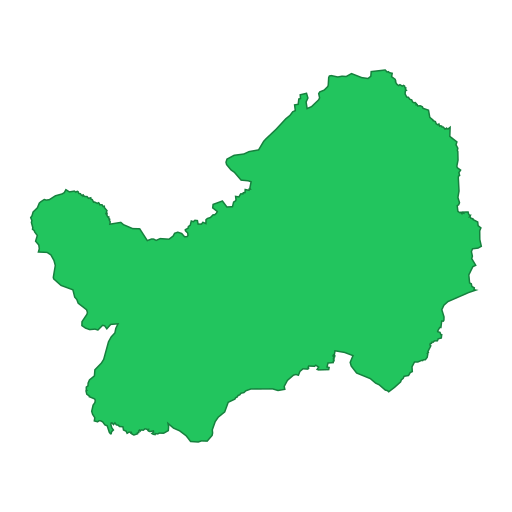 the district of Pak Thong Chai, Nakhon Ratchasima, Thailand
{"feature_id": "78962969B86038514919301", "entity_name": "Pak Thong Chai", "entity_type": "district", "adm_level": 2, "iso_a3": "THA", "parent_name": "Thailand", "parent_adm1": "Nakhon Ratchasima", "projection": "orthographic", "projection_center": [101.937, 14.672], "detail": "fine", "context": "isolated", "style": "filled", "palette": "green", "viewbox_px": 512, "rotation_deg": 0, "n_neighbors": 0, "source": "geoboundaries", "source_scale": "gbopen_adm2", "svg_char_len": 5995}
<svg xmlns="http://www.w3.org/2000/svg" viewBox="0 0 512 512"><path d="M450.1,127.3L448.1,128.9L446.6,128.8L446.5,128.2L445.0,129.1L443.4,127.1L442.0,127.0L441.7,126.1L440.5,125.8L439.6,126.1L438.9,124.0L437.9,124.8L436.2,123.8L435.4,121.6L433.0,120.6L433.0,120.0L429.8,117.4L428.5,110.2L423.0,108.3L422.4,106.8L420.4,105.8L417.6,105.9L417.2,104.6L416.1,104.7L416.3,103.6L415.1,102.5L414.1,102.8L412.6,102.0L411.7,99.9L409.8,99.3L408.4,97.3L406.7,97.1L405.1,93.9L405.3,91.0L406.4,90.3L405.5,89.5L405.8,87.9L404.9,87.7L404.6,86.1L403.5,85.4L402.3,86.1L399.9,84.7L398.7,85.6L396.9,84.3L395.4,81.8L395.8,81.2L395.1,79.3L391.6,76.7L392.2,73.3L389.2,72.6L388.5,71.7L387.1,72.0L385.2,70.0L371.2,71.6L370.8,76.3L368.0,78.5L361.7,77.6L351.5,73.6L346.2,76.5L342.0,76.2L337.8,77.0L331.3,75.6L329.4,76.0L328.7,77.5L328.2,85.5L327.6,86.7L324.2,90.1L319.8,91.9L318.7,93.6L319.6,97.9L318.6,99.9L311.6,106.6L307.1,108.6L306.1,102.0L307.9,98.0L306.5,93.3L300.2,94.8L300.5,98.6L298.8,99.0L298.2,104.3L294.6,104.9L295.3,110.6L292.7,111.8L290.0,115.4L285.8,118.8L276.1,129.3L266.0,138.8L263.7,141.3L258.6,149.9L249.1,151.6L243.9,154.0L234.1,155.3L227.0,159.1L226.0,162.2L226.6,164.6L231.0,169.9L234.4,172.3L241.1,180.1L248.3,180.8L251.1,181.8L249.9,188.0L250.4,189.1L249.2,189.0L249.0,190.3L245.2,189.5L245.0,192.6L243.3,192.7L243.0,193.8L240.7,193.9L238.9,196.9L235.6,196.4L236.0,199.6L235.6,200.8L233.6,202.1L232.5,206.7L226.9,207.0L222.4,201.0L213.1,204.4L212.7,207.9L217.3,211.5L216.5,213.1L214.7,214.8L213.1,214.8L210.4,217.5L207.4,218.5L206.0,219.7L205.9,223.6L202.9,222.3L201.5,224.1L198.1,224.1L197.4,220.6L194.9,220.3L193.3,221.7L191.3,221.0L190.2,225.3L188.4,226.5L188.1,228.2L185.3,229.7L185.4,230.7L187.7,233.0L188.0,235.5L187.2,236.6L184.6,236.8L181.7,233.5L177.8,232.2L174.6,233.3L173.2,236.0L169.0,239.2L160.2,238.6L156.1,240.4L153.7,239.1L151.6,239.0L147.3,240.6L139.7,228.8L132.6,228.6L123.5,224.7L120.8,222.4L109.8,224.2L110.2,221.8L109.2,219.9L109.7,219.2L108.9,218.6L108.7,216.9L108.0,217.2L106.9,215.4L107.0,213.9L106.3,214.2L105.9,213.6L106.9,213.0L106.3,212.1L107.0,210.7L104.4,207.6L104.3,206.2L103.0,206.4L102.1,204.8L99.6,204.7L99.3,203.4L98.4,202.7L97.3,203.4L94.6,202.0L93.6,202.2L92.3,199.7L90.7,198.8L90.7,197.8L88.4,198.3L87.1,196.6L84.7,196.5L83.9,195.8L83.1,196.2L83.1,194.9L81.5,195.4L80.4,193.7L78.8,193.5L78.1,191.7L77.3,191.3L75.7,192.1L74.4,191.1L69.4,191.9L65.9,189.7L64.3,192.6L62.2,193.9L55.4,195.8L49.3,199.7L46.1,200.1L44.3,199.5L40.9,201.7L39.3,203.1L37.4,207.8L33.1,212.0L32.0,215.8L30.7,217.6L31.9,220.5L31.4,222.4L32.8,227.7L32.5,229.2L34.4,230.7L34.5,231.7L37.3,235.5L35.6,241.2L38.8,245.0L39.3,248.7L38.4,252.0L47.1,252.4L50.9,254.9L54.0,260.5L55.3,265.5L53.3,277.4L53.7,278.9L61.0,285.4L72.9,289.8L74.7,297.1L76.8,299.5L78.2,303.2L86.6,309.8L87.4,312.3L87.0,314.2L82.0,321.7L81.9,325.6L85.5,328.1L89.7,329.6L95.0,329.1L97.9,330.0L102.6,325.3L104.7,325.8L106.8,328.8L110.7,324.4L118.0,323.8L115.8,328.4L114.9,332.9L111.2,336.9L108.5,341.8L103.7,359.4L101.4,363.1L94.9,369.8L94.4,375.9L89.5,379.9L88.1,383.1L88.0,385.8L86.3,387.1L86.3,389.8L86.9,390.4L86.0,390.9L86.8,394.2L89.4,396.1L89.3,396.7L94.6,398.9L95.2,400.0L95.0,402.4L93.1,405.1L91.7,411.3L92.6,414.3L94.8,417.7L94.3,420.9L97.6,421.8L99.1,420.7L100.6,420.8L102.7,421.9L104.9,424.9L107.2,425.8L109.3,432.3L110.5,433.8L111.2,433.7L111.6,431.7L113.4,430.0L111.8,427.8L110.9,424.7L111.1,423.0L111.9,422.8L113.5,424.6L114.9,422.9L116.4,424.9L118.3,425.2L119.4,426.5L122.9,426.8L123.5,430.0L126.1,431.2L127.1,433.3L129.0,432.1L130.4,432.2L130.6,432.9L131.3,432.4L131.9,434.0L133.9,435.0L137.5,433.8L137.4,432.9L138.8,432.5L138.6,431.2L139.4,430.1L140.2,431.1L141.2,429.9L143.3,430.2L145.0,428.8L147.1,429.3L147.8,430.2L148.5,429.6L148.5,431.0L149.9,431.6L153.4,430.9L153.6,432.1L151.9,433.5L153.3,434.3L155.1,434.6L155.3,433.6L157.8,433.9L159.2,433.1L163.7,433.2L168.3,430.6L168.6,426.5L168.0,423.4L173.5,428.1L179.6,430.8L186.2,435.8L190.6,441.5L198.3,442.0L201.4,440.9L207.2,441.1L212.1,435.4L212.6,433.0L212.3,429.8L215.2,421.6L218.3,417.1L224.7,411.9L228.2,402.3L234.9,399.1L235.6,397.7L237.2,397.0L238.1,395.4L239.7,394.9L241.0,393.2L243.9,392.6L245.8,390.8L250.8,389.0L272.7,388.9L278.0,390.5L284.8,389.3L284.2,386.4L287.4,380.4L293.5,375.1L296.0,374.5L298.4,375.2L299.9,371.4L303.0,368.8L307.8,369.1L308.7,368.1L308.1,367.3L308.7,366.0L314.6,366.3L315.8,365.2L318.6,367.1L317.1,369.4L318.6,369.9L328.7,369.6L329.1,367.5L327.0,367.0L328.0,363.0L333.2,362.6L333.2,361.3L334.1,360.8L333.4,359.0L334.1,358.8L333.7,357.8L334.6,356.9L333.5,356.4L334.4,355.7L333.2,355.3L333.6,354.8L334.3,355.1L335.0,350.8L344.5,352.4L353.0,355.6L350.2,362.4L351.2,366.0L356.6,373.0L370.3,378.6L375.6,383.1L379.2,384.8L385.3,390.1L387.4,390.6L388.7,391.8L394.6,387.3L400.6,381.9L401.3,379.9L403.1,378.4L404.1,376.3L408.5,375.5L410.3,372.5L412.3,371.6L412.0,366.8L414.5,362.0L417.8,362.0L421.5,360.4L422.7,360.6L423.3,359.8L425.4,359.7L427.2,357.3L427.8,354.0L427.3,353.4L428.4,352.5L427.9,351.6L430.8,345.8L429.9,344.9L430.3,343.5L431.5,343.4L431.9,342.2L433.3,342.1L434.4,340.9L437.4,340.8L438.2,338.8L441.3,338.0L441.7,334.7L440.8,334.6L440.0,332.4L437.7,331.7L437.6,331.1L439.7,327.5L440.9,327.5L441.7,321.1L443.4,321.1L443.9,320.1L444.0,316.9L441.8,309.7L443.9,305.2L447.9,301.6L468.7,292.5L475.8,290.1L474.0,289.7L474.3,287.8L471.9,286.5L471.3,283.8L469.6,282.9L468.8,274.9L472.8,266.7L475.7,265.3L471.7,258.6L472.4,256.2L471.4,251.6L472.5,248.8L478.0,248.1L481.3,246.3L479.8,239.5L479.7,230.8L480.9,227.9L478.1,225.7L477.7,222.0L473.0,219.5L472.9,218.7L470.9,218.3L470.2,216.7L469.5,216.8L470.4,215.3L469.6,215.3L468.6,214.1L468.1,212.0L462.6,212.1L463.4,213.1L461.9,212.8L461.8,213.6L460.6,212.3L459.9,212.7L457.9,211.4L457.2,205.7L458.6,204.8L459.5,202.7L457.9,197.4L459.0,191.1L458.3,177.6L458.5,176.1L459.6,175.5L458.9,172.6L460.6,170.1L457.4,167.8L456.8,166.3L458.0,160.1L457.8,151.5L457.3,150.6L457.8,148.2L456.0,144.8L456.9,141.9L449.8,136.4L450.1,127.3Z" fill="#22c55e" stroke="#15803d" stroke-width="1.5"/></svg>